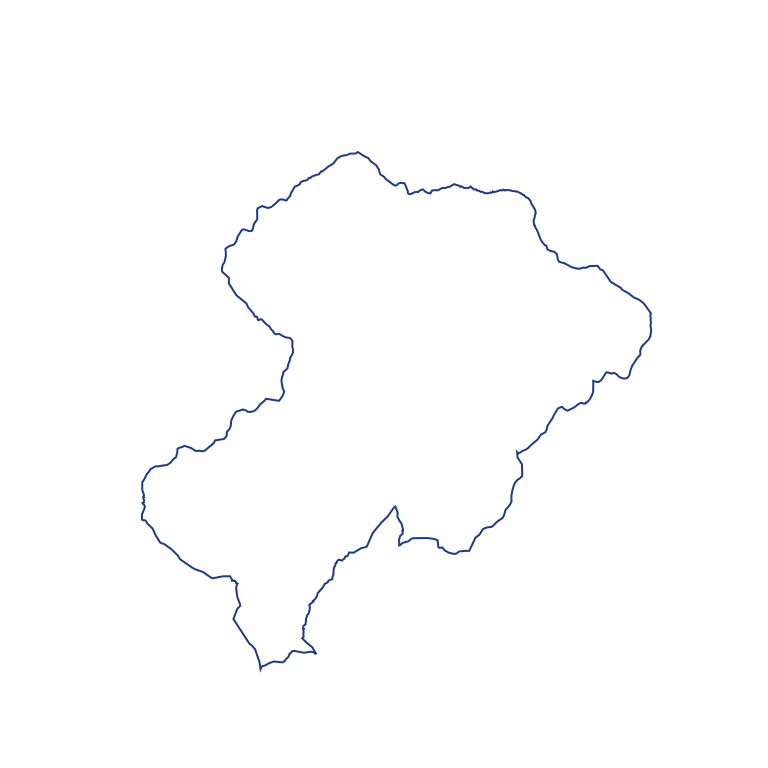 outline of Ghimes-Faget, Bacau, Romania, rotated 249°
{"feature_id": "2599482B75132506391920", "entity_name": "Ghimes-Faget", "entity_type": "district", "adm_level": 2, "iso_a3": "ROU", "parent_name": "Romania", "parent_adm1": "Bacau", "projection": "robinson", "projection_center": [26.074, 46.623], "detail": "fine", "context": "isolated", "style": "outline", "palette": "blue", "viewbox_px": 768, "rotation_deg": 249, "n_neighbors": 0, "source": "geoboundaries", "source_scale": "gbopen_adm2", "svg_char_len": 6166}
<svg xmlns="http://www.w3.org/2000/svg" viewBox="0 0 768 768"><g transform="rotate(249 384 384)"><path d="M593.3,329.0L591.7,327.8L583.2,324.7L580.2,320.2L574.6,316.0L574.4,315.3L575.0,312.9L578.4,308.9L578.9,306.7L573.7,299.8L570.3,297.4L568.1,294.2L567.9,292.7L568.3,289.2L567.1,284.5L560.4,282.4L554.7,278.6L553.3,276.3L548.7,273.4L546.7,273.2L538.5,277.3L535.2,275.8L533.1,275.3L519.7,278.0L508.5,284.4L504.5,284.6L496.9,287.3L493.3,287.6L492.6,289.2L491.9,289.5L489.1,289.3L488.5,289.8L488.7,292.3L488.2,293.0L482.8,295.1L478.8,297.6L474.9,298.4L473.1,299.4L471.9,299.3L470.0,300.2L469.0,301.2L468.8,303.1L468.3,304.1L463.1,308.4L460.7,312.6L458.6,313.5L456.4,313.8L451.6,311.7L448.6,311.4L446.0,310.3L443.0,307.2L442.0,305.5L440.4,305.1L436.6,301.6L433.3,299.5L431.1,294.4L425.0,290.0L422.3,289.0L416.2,287.9L412.9,288.1L411.0,286.7L408.9,284.7L405.9,280.0L412.5,268.5L411.3,266.7L409.2,260.5L407.1,257.7L405.9,255.1L405.3,252.9L405.8,249.3L407.0,246.7L408.5,245.9L410.7,243.3L411.2,236.0L408.2,232.0L404.8,228.4L399.5,225.7L397.4,223.7L395.7,220.3L391.8,218.4L390.0,214.9L391.9,206.0L389.9,204.0L386.0,192.8L386.2,190.2L387.9,188.0L388.2,186.0L389.2,184.0L393.4,180.9L397.8,175.5L397.5,172.3L397.9,170.0L397.4,168.0L393.8,166.2L390.2,163.6L389.5,160.8L387.0,156.3L386.1,152.4L387.5,146.9L387.8,144.2L389.0,141.3L388.2,135.5L386.0,132.6L385.1,130.4L381.4,126.6L379.0,123.2L372.0,120.4L366.2,120.1L365.1,118.9L364.3,119.4L364.2,118.6L363.8,118.4L361.7,118.3L359.5,117.4L359.5,115.9L358.5,116.0L356.9,116.9L354.7,116.6L348.6,111.1L344.0,109.5L343.4,109.9L342.1,112.5L338.7,113.0L331.8,116.2L324.4,116.6L316.0,118.3L312.9,121.8L305.1,126.8L297.9,130.0L293.6,130.7L281.3,139.1L278.4,141.7L273.4,147.6L264.4,153.7L263.9,155.0L262.1,165.1L259.7,171.3L255.8,172.0L254.8,171.5L254.3,173.6L253.7,173.6L253.4,174.5L252.0,174.9L251.4,174.5L250.1,175.8L248.6,174.1L246.4,172.8L237.7,170.7L229.8,170.7L228.5,170.3L226.6,166.4L218.6,159.2L189.7,165.3L187.0,167.0L182.6,168.6L168.9,168.1L161.9,166.5L164.0,168.7L164.2,170.0L163.8,171.4L164.5,176.8L164.5,181.5L160.5,189.4L160.5,190.5L161.2,192.5L162.6,194.3L162.9,195.6L163.7,197.1L165.9,199.1L166.2,200.4L167.4,202.3L167.4,203.2L166.6,205.2L161.8,212.9L160.2,220.0L158.9,222.0L156.0,224.0L163.9,222.7L170.2,219.1L175.6,216.6L175.6,217.0L176.3,217.2L176.7,218.3L179.8,219.2L181.2,220.1L183.2,220.3L183.8,221.5L185.0,220.9L186.2,221.6L187.2,222.4L187.7,224.6L193.4,227.5L194.1,228.4L195.6,229.2L196.4,231.0L198.0,232.4L201.6,234.6L204.7,235.2L205.8,239.1L206.8,239.6L206.5,240.5L207.3,241.0L208.1,242.9L209.9,245.3L212.4,247.1L216.4,254.5L218.6,256.8L219.0,260.4L219.9,261.1L220.3,262.0L220.4,265.8L221.7,266.3L224.1,268.4L229.2,270.7L231.1,272.2L231.7,273.3L233.9,274.4L233.8,275.4L235.2,276.4L236.2,278.8L234.3,281.3L235.1,284.1L235.7,285.2L236.7,285.8L236.7,288.6L239.2,291.1L237.4,295.3L238.9,303.6L238.2,309.5L249.0,320.2L255.8,332.3L258.9,339.7L265.2,349.1L265.6,350.6L259.2,350.7L255.4,349.0L250.5,349.5L247.6,350.3L240.9,349.6L240.4,349.3L240.5,348.5L237.5,347.8L236.4,344.7L233.7,342.5L227.8,340.3L227.7,341.0L229.0,344.4L228.4,350.0L229.7,354.1L229.6,355.9L224.5,369.7L221.2,375.5L218.9,378.1L212.7,376.4L211.7,376.5L210.9,377.6L210.5,379.8L206.9,381.1L203.3,384.0L200.4,388.3L199.9,389.7L199.8,390.8L200.7,394.1L199.3,399.5L197.7,403.8L207.8,414.4L209.1,419.0L213.1,424.5L213.2,428.8L212.2,432.7L212.2,434.1L214.9,440.2L216.4,446.5L218.1,448.7L223.3,452.7L224.1,454.8L226.0,458.1L228.3,460.8L234.1,462.9L239.4,466.2L243.3,469.3L244.9,471.0L246.7,474.2L247.2,476.9L248.6,480.1L259.6,484.0L267.5,482.4L272.7,483.8L271.0,484.4L271.3,486.9L271.9,489.1L272.0,493.4L272.4,495.1L275.2,501.7L277.1,507.5L280.5,512.3L281.2,517.4L283.5,519.9L286.4,521.6L291.9,529.4L293.2,530.5L298.8,537.5L299.0,542.0L296.0,543.3L293.3,545.8L294.0,553.3L295.4,557.5L295.9,560.9L293.8,564.0L293.6,565.4L294.4,566.0L294.1,566.9L295.8,570.5L300.2,575.3L302.7,576.9L312.0,580.5L309.5,583.5L309.0,585.7L310.1,588.8L314.7,594.9L315.1,595.8L314.7,597.0L312.4,599.7L311.8,602.8L311.2,603.5L310.0,604.5L306.0,606.3L303.4,609.3L302.3,612.7L303.3,615.0L304.5,616.4L308.3,618.9L312.1,622.2L317.6,630.0L318.9,632.9L319.9,634.0L323.4,635.2L325.5,637.0L326.8,638.5L330.8,647.2L333.1,649.7L338.3,652.7L342.9,653.7L345.5,655.1L353.4,657.6L354.3,658.5L363.8,656.1L367.2,654.9L371.3,652.3L375.4,648.1L380.6,645.1L386.7,640.1L388.9,639.5L398.1,632.3L411.5,629.2L413.6,627.0L417.8,625.7L420.4,618.2L420.1,614.1L421.3,611.6L421.5,607.9L422.8,605.2L425.6,601.3L432.2,595.6L435.3,591.3L437.4,590.9L443.3,591.9L446.3,590.5L448.7,586.9L451.0,584.9L455.0,585.1L455.7,584.0L460.5,582.4L463.4,582.0L470.9,582.1L478.4,581.2L478.3,581.5L479.5,581.3L483.0,582.2L484.6,583.7L488.2,585.9L488.7,586.7L492.3,587.5L500.2,586.2L502.5,586.4L505.8,585.2L507.4,583.6L509.0,582.7L510.3,582.5L510.7,581.5L512.6,580.4L516.3,576.9L516.5,575.7L517.3,575.1L517.9,573.3L520.0,570.7L521.2,567.9L521.2,566.5L522.6,565.3L522.7,564.7L522.2,563.8L523.4,562.1L523.2,559.9L523.8,555.1L524.8,554.6L523.9,552.9L524.8,551.7L524.6,550.1L525.5,547.6L526.6,545.9L528.2,544.7L528.8,543.0L530.4,542.0L531.2,540.3L532.9,539.6L533.0,538.4L533.6,537.5L537.3,535.7L537.1,534.6L536.7,534.2L536.7,533.2L538.5,528.9L540.8,527.1L540.8,525.8L541.8,525.6L545.4,521.1L544.6,515.6L545.2,513.0L544.9,512.1L545.1,510.9L546.2,508.8L545.5,503.7L546.9,500.6L547.3,498.7L547.3,498.0L545.5,496.0L545.6,495.3L546.3,493.7L548.9,491.4L551.7,490.1L552.0,487.5L551.0,484.5L552.1,482.2L551.7,477.0L552.3,475.4L553.6,474.7L555.3,475.3L564.1,475.1L565.9,471.4L566.0,469.2L565.0,467.1L565.2,465.5L567.4,463.7L574.6,459.2L577.6,458.2L580.8,455.8L582.1,455.6L586.1,456.1L591.0,455.1L596.5,451.5L600.7,450.2L603.0,447.8L610.0,442.6L609.3,440.2L611.2,435.0L611.1,431.3L612.0,426.9L611.8,423.3L611.2,421.0L607.9,415.5L607.0,409.9L604.8,403.5L604.6,402.0L605.0,401.5L603.0,398.0L603.5,396.1L603.5,390.7L602.7,388.8L603.1,388.0L603.0,387.2L602.1,386.0L601.9,384.6L602.6,380.9L602.1,378.2L600.8,377.1L600.3,375.3L600.2,371.3L595.8,366.0L592.7,363.1L591.8,360.9L590.3,358.9L590.8,357.6L591.9,356.7L593.4,353.7L593.3,351.7L591.7,348.2L589.5,341.9L590.0,338.5L593.8,333.9L593.3,329.0Z" fill="none" stroke="#1e3a8a" stroke-width="2"/></g></svg>